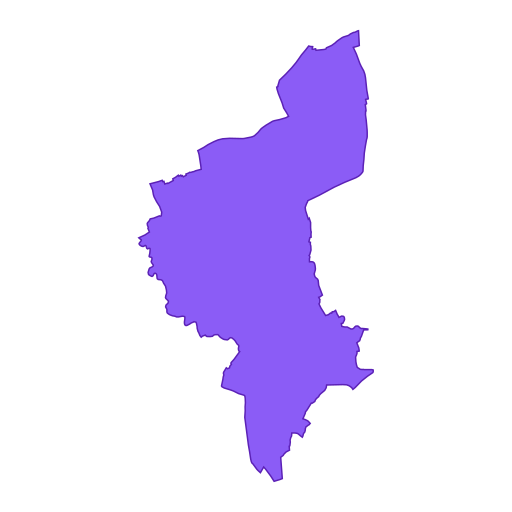 Mueang Sing Buri, Sing Buri, Thailand
{"feature_id": "78962969B52977923658609", "entity_name": "Mueang Sing Buri", "entity_type": "district", "adm_level": 2, "iso_a3": "THA", "parent_name": "Thailand", "parent_adm1": "Sing Buri", "projection": "natural_earth1", "projection_center": [100.401, 14.906], "detail": "fine", "context": "isolated", "style": "filled", "palette": "violet", "viewbox_px": 512, "rotation_deg": 0, "n_neighbors": 0, "source": "geoboundaries", "source_scale": "gbopen_adm2", "svg_char_len": 6069}
<svg xmlns="http://www.w3.org/2000/svg" viewBox="0 0 512 512"><path d="M358.5,30.7L357.6,30.9L355.1,32.2L353.4,32.5L350.3,34.0L348.5,35.4L343.4,37.0L342.0,37.7L338.2,40.3L336.5,41.6L335.3,42.8L331.6,45.5L326.4,47.8L326.1,48.7L325.7,49.1L323.9,49.5L316.0,50.3L315.6,48.8L312.6,49.3L312.2,49.2L312.2,48.1L312.8,46.8L312.7,46.6L310.6,46.5L308.7,46.0L305.6,50.0L301.5,54.9L296.2,62.4L291.8,67.7L285.7,74.2L279.5,80.2L277.9,85.7L277.9,86.6L276.7,87.1L277.0,89.0L278.4,93.6L282.1,102.9L283.7,108.1L286.6,112.7L288.6,116.3L286.0,117.7L279.5,119.6L274.3,120.7L272.5,121.3L266.0,125.2L262.3,127.8L260.9,129.0L258.0,132.5L254.4,135.8L252.7,136.6L251.0,137.1L244.0,138.5L242.3,138.6L229.7,138.3L222.6,138.8L218.1,139.9L214.0,141.6L208.1,144.6L203.8,147.4L197.8,150.6L198.5,152.5L199.1,154.7L200.8,165.7L201.2,169.3L195.5,170.8L194.1,171.5L192.3,171.9L190.9,172.4L189.6,172.3L188.8,172.9L185.9,174.1L186.2,175.3L183.3,176.8L182.4,175.6L181.3,176.2L180.8,175.1L178.9,176.2L178.3,175.2L175.5,177.3L172.8,178.8L173.3,180.5L167.9,183.5L167.5,183.1L164.8,184.0L163.9,181.3L162.7,181.6L162.2,180.3L158.5,181.6L150.0,183.8L152.6,190.0L153.4,194.7L154.1,196.9L156.6,201.7L159.6,206.4L161.7,212.1L161.3,215.8L160.2,216.2L159.6,215.9L159.3,215.9L153.8,218.1L150.2,218.9L149.4,220.6L147.6,222.7L147.2,223.7L147.5,225.5L148.3,227.2L147.9,228.3L149.4,232.0L144.9,235.0L138.8,237.8L139.7,238.7L141.1,239.6L141.3,239.9L141.2,240.6L140.8,241.2L139.1,243.4L139.2,244.2L139.9,245.1L141.4,246.1L143.0,246.5L143.7,246.3L145.0,245.5L145.5,245.5L146.1,246.0L146.7,248.2L147.4,248.8L147.6,248.9L148.7,248.4L149.3,248.3L149.8,248.4L150.1,248.8L150.1,250.3L149.8,253.3L149.1,256.3L149.5,256.9L151.3,257.3L151.8,257.7L152.0,259.1L151.2,261.6L151.6,262.7L153.2,264.9L153.3,265.3L152.9,266.3L151.9,267.0L149.9,267.9L149.1,269.0L148.1,272.4L148.5,274.3L148.9,274.8L149.8,275.4L151.5,276.3L152.1,276.4L153.0,275.8L154.2,273.5L155.0,273.2L155.7,273.4L156.4,274.0L156.8,275.0L157.1,278.3L157.4,278.9L158.2,279.5L161.0,279.8L162.1,280.4L162.7,281.1L163.6,283.2L165.5,286.1L166.4,289.9L166.7,293.0L165.8,295.7L165.5,297.6L165.9,298.5L168.1,300.7L168.4,301.2L168.1,303.0L166.0,305.1L165.6,306.9L166.9,309.4L166.9,311.8L167.0,312.3L167.4,313.1L169.0,314.3L170.1,314.9L172.5,315.8L174.8,316.2L176.6,316.9L178.6,316.9L182.4,316.2L183.4,316.3L184.6,316.6L184.8,317.0L184.9,318.4L184.4,322.1L184.5,323.8L184.9,324.9L185.8,325.5L186.5,325.5L187.2,325.3L189.6,324.1L191.5,322.8L193.0,322.3L194.0,321.6L194.6,321.9L195.9,322.1L196.4,323.1L197.1,326.6L197.2,328.4L198.0,331.4L198.8,332.8L199.9,335.5L201.2,337.2L202.5,336.1L205.3,335.1L205.6,335.3L206.3,336.2L207.0,336.5L210.1,336.6L212.4,336.3L213.8,335.1L214.9,334.7L217.7,334.6L218.3,335.0L219.8,336.8L220.9,337.7L223.2,339.1L224.3,339.5L227.3,339.9L228.3,339.4L229.4,338.3L230.4,337.7L231.1,337.7L232.0,338.0L233.9,339.5L235.1,340.8L237.2,344.1L238.6,345.3L238.8,346.2L238.4,348.3L238.5,349.9L238.9,351.0L239.7,351.6L234.0,359.4L231.2,362.5L230.9,363.2L231.4,364.3L229.9,366.1L229.5,367.9L227.5,368.7L226.3,367.8L223.7,372.1L223.4,373.1L223.8,375.0L223.2,377.0L222.9,379.3L221.5,386.0L222.0,386.8L224.2,388.0L230.4,389.9L233.4,391.0L238.6,393.6L244.0,395.2L244.7,395.8L244.9,396.3L245.2,398.2L245.4,402.8L245.1,406.9L245.2,410.8L244.8,417.4L248.4,445.0L249.6,451.8L250.7,459.1L251.3,461.6L251.9,463.0L252.9,463.9L256.8,469.2L257.8,470.3L260.4,472.7L263.7,467.0L265.8,469.4L270.7,476.0L274.1,481.3L279.7,479.6L282.3,478.6L280.7,457.3L283.2,455.4L283.9,454.2L286.2,451.9L289.5,450.2L289.2,446.2L289.7,446.0L289.9,445.4L290.3,442.0L290.1,440.1L290.8,437.4L291.4,436.5L291.6,435.7L291.8,433.0L295.1,433.0L297.4,433.4L298.6,434.2L300.7,436.0L302.3,437.2L302.9,436.0L303.4,433.9L304.2,432.6L304.8,432.0L305.3,429.9L305.3,428.8L306.0,426.8L306.8,426.3L308.0,425.3L309.1,424.7L310.2,423.4L308.2,421.2L307.1,420.5L305.0,419.5L302.9,418.8L305.2,413.5L305.5,411.8L306.8,410.3L311.3,403.1L312.2,403.2L314.8,401.5L315.3,400.1L315.9,399.2L316.8,398.2L318.7,396.6L319.3,395.3L320.6,393.8L324.7,390.4L326.2,387.7L326.6,385.0L342.6,384.6L346.6,384.8L349.0,385.7L350.4,386.6L351.9,387.9L352.9,389.4L355.2,387.5L361.5,381.0L367.5,376.2L372.7,372.7L373.0,372.3L373.2,371.7L373.2,370.0L371.8,369.6L364.2,369.6L363.3,369.4L362.2,369.5L360.2,369.3L358.6,368.2L357.7,367.7L357.2,367.2L356.5,364.9L355.9,361.9L355.6,357.3L355.8,356.5L356.4,355.2L357.0,353.3L357.0,351.4L359.1,351.2L359.2,350.6L358.8,347.9L356.8,342.8L357.8,342.1L358.2,341.6L359.6,340.8L360.2,339.3L360.5,337.8L361.3,336.6L363.6,330.1L364.3,329.9L367.8,329.8L367.9,329.1L367.1,328.9L362.8,328.5L361.1,328.5L359.9,327.8L358.4,326.3L357.6,326.0L355.9,326.1L354.9,326.8L353.8,328.1L353.2,328.6L352.6,328.9L351.6,329.0L350.8,328.9L347.2,327.0L344.8,327.0L341.8,326.4L341.3,323.5L342.8,323.3L344.3,320.4L344.6,319.3L344.4,317.8L344.0,316.8L343.7,316.5L343.1,316.2L341.5,316.1L339.0,317.4L338.4,316.2L337.2,314.2L335.6,310.4L333.9,311.6L332.2,311.8L331.7,313.1L330.5,313.0L328.4,314.7L325.6,315.5L320.9,307.9L319.2,304.4L319.0,303.8L319.7,302.7L319.8,301.7L319.8,300.3L320.0,299.7L318.7,297.3L319.9,296.9L322.4,295.1L318.7,285.4L318.2,280.5L317.6,279.2L315.5,277.4L314.8,276.4L314.2,273.9L315.3,270.0L315.4,268.6L315.1,265.8L314.7,264.0L314.1,262.8L313.1,262.0L311.9,261.7L309.5,261.8L309.4,258.7L309.8,257.6L309.8,256.9L309.7,256.3L309.1,255.5L309.8,254.4L311.0,250.1L310.8,246.0L310.3,244.2L310.4,242.3L308.9,241.8L309.9,237.6L311.1,237.2L311.0,234.1L311.2,232.0L310.8,230.5L310.6,227.7L310.6,222.5L309.2,218.2L308.3,219.2L305.6,210.6L305.2,207.4L306.5,203.8L307.6,201.6L307.8,200.7L319.1,195.3L334.1,187.2L344.7,182.3L355.9,177.7L358.7,176.1L360.5,174.6L361.9,173.0L362.7,171.9L363.0,171.1L363.2,165.8L363.9,159.4L364.3,153.1L365.4,145.9L366.5,139.7L367.0,138.1L367.2,136.5L367.2,132.5L367.1,129.9L366.2,120.1L365.5,114.9L365.6,111.3L365.6,111.1L366.0,111.0L366.0,110.2L365.3,104.5L366.5,103.9L366.6,103.6L365.6,99.4L366.1,99.2L368.1,99.0L368.3,98.7L366.8,90.3L365.5,77.8L364.9,74.4L363.7,70.9L361.1,66.2L359.8,63.4L356.4,54.1L353.3,47.4L358.2,46.0L359.3,45.5L358.5,30.7Z" fill="#8b5cf6" stroke="#5b21b6" stroke-width="1.5"/></svg>